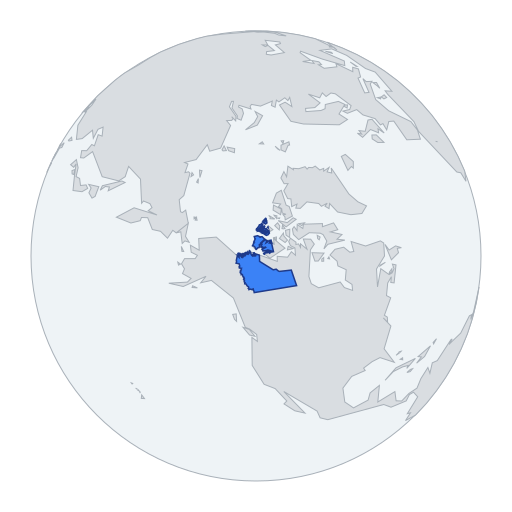 Northwest Territories highlighted on a globe, orthographic projection
{"feature_id": "CAN-635", "entity_name": "Northwest Territories", "entity_type": "Territory", "adm_level": 1, "iso_a3": "CAN", "parent_name": "Canada", "parent_adm1": "", "projection": "orthographic", "projection_center": [-123.126, 69.383], "detail": "fine", "context": "on_globe", "style": "filled", "palette": "blue", "viewbox_px": 512, "rotation_deg": 0, "n_neighbors": 0, "source": "natural_earth", "source_scale": "10m", "svg_char_len": 16399}
<svg xmlns="http://www.w3.org/2000/svg" viewBox="0 0 512 512"><circle cx="256" cy="256" r="225" fill="#eef3f6" stroke="#a8b0b8"/><path d="M415.5,415.1L405.5,420.6L410.5,412.8L407.3,413.7L417.7,396.8L413.5,392.2L409.4,394.6L406.2,400.9L391.0,407.2L383.7,404.5L327.8,419.7L320.1,417.8L317.1,411.1L283.8,391.5L305.0,413.1L294.8,410.8L284.0,403.9L286.8,401.0L275.2,388.6L264.1,384.3L252.2,365.4L251.9,337.4L257.4,341.4L256.7,334.5L249.7,329.1L245.3,327.3L233.4,298.0L211.4,280.4L200.7,282.8L206.0,276.3L183.2,286.5L168.8,283.2L187.4,282.1L191.1,278.4L182.5,273.6L184.5,268.8L181.5,263.8L184.6,258.6L195.2,258.6L197.4,255.3L191.2,252.2L190.4,245.2L199.2,250.2L198.7,238.5L216.3,237.1L237.2,255.8L249.4,251.4L277.3,261.4L277.2,256.3L287.6,257.2L291.4,251.7L295.5,255.3L294.9,247.9L290.4,245.6L288.7,241.6L290.4,238.2L296.0,242.2L295.9,244.5L298.5,243.9L300.5,247.4L300.5,243.8L307.0,249.2L303.3,239.0L310.7,239.2L314.3,244.1L310.4,249.9L308.9,276.5L311.3,283.7L318.7,287.8L340.2,282.0L344.4,287.6L352.6,290.4L352.0,284.4L345.3,280.0L346.2,269.7L337.9,265.9L337.1,261.2L330.0,255.0L335.0,249.3L343.7,247.2L349.8,252.2L353.8,251.5L351.1,241.5L365.6,246.0L380.4,240.9L383.7,243.0L384.5,256.0L376.5,269.0L377.5,286.9L380.8,268.7L389.1,274.6L392.1,272.9L394.0,268.8L392.4,264.1L396.0,264.9L394.1,282.9L390.8,282.5L391.4,276.7L387.7,283.0L386.5,295.6L390.7,297.8L384.4,315.3L387.3,317.1L387.6,322.1L383.3,317.9L390.9,326.0L384.1,348.8L394.3,362.3L380.0,357.6L372.2,361.6L363.6,368.1L365.2,370.5L351.7,376.4L342.9,388.1L344.8,402.0L353.5,407.9L368.1,400.1L370.1,392.9L379.4,385.4L377.8,402.0L394.9,391.6L396.1,400.8L401.7,401.0L409.0,393.4L417.0,388.1L420.9,378.6L427.9,367.5L429.9,373.3L432.3,362.8L437.3,360.6L450.1,340.9L449.6,343.8L460.7,333.1L469.4,315.8L471.5,314.7L470.8,319.4L473.1,312.7L473.1,313.9L479.1,286.9L476.3,302.9L472.4,318.6L467.4,333.9L461.2,348.9L454.0,363.4L445.8,377.3L436.6,390.6L426.5,403.3L415.5,415.1ZM141.3,398.4L141.7,394.9L144.5,398.6L141.3,398.4ZM140.0,391.7L140.2,393.1L139.6,391.7L140.0,391.7ZM138.2,390.0L139.5,391.2L137.9,390.2L138.2,390.0ZM135.6,388.1L137.1,389.0L136.8,389.0L135.6,388.1ZM396.0,367.8L415.4,358.4L406.8,368.4L408.0,365.5L402.6,366.9L393.3,371.6L385.1,380.3L396.0,367.8ZM132.1,384.0L131.3,382.9L132.7,383.4L132.1,384.0ZM399.2,353.1L396.1,355.3L398.8,352.6L399.2,353.1ZM243.0,327.3L249.4,329.5L255.0,336.3L249.5,335.0L243.0,327.3ZM232.7,314.4L236.2,313.9L236.6,321.4L234.5,319.3L232.7,314.4ZM192.6,285.8L197.4,287.9L192.1,287.5L192.6,285.8ZM180.5,264.1L178.5,265.1L177.8,262.1L180.5,264.1ZM327.8,258.6L328.9,256.9L329.6,258.9L327.8,258.6ZM323.7,257.6L323.7,261.2L321.8,261.3L321.8,259.1L323.7,257.6ZM181.9,251.4L181.3,246.4L183.7,251.5L181.9,251.4ZM324.0,253.1L318.3,261.0L314.9,261.1L312.0,252.7L324.0,253.1ZM182.2,243.5L180.8,231.8L176.2,232.9L188.3,223.3L185.5,236.4L189.2,242.3L184.9,240.9L182.2,243.5ZM288.2,246.3L293.1,248.6L287.4,249.9L288.2,246.3ZM285.0,248.2L270.0,258.2L263.8,253.4L270.1,250.9L260.6,247.3L264.9,240.0L271.1,240.3L274.3,244.8L273.5,238.6L285.0,248.2ZM195.2,220.1L196.4,217.3L197.1,220.2L195.2,220.1ZM287.5,240.1L285.1,242.5L279.4,238.5L283.4,233.0L283.9,236.0L287.5,240.1ZM256.0,250.0L252.6,246.2L255.1,239.1L254.1,236.7L264.5,239.4L256.0,250.0ZM286.1,235.2L285.5,230.3L289.8,229.2L289.6,237.5L286.1,235.2ZM276.4,239.8L273.9,237.6L276.5,237.0L276.4,239.8ZM304.5,222.8L301.7,225.6L298.6,223.7L304.5,222.8ZM285.0,228.5L283.5,228.9L282.0,228.6L282.5,225.2L285.0,228.5ZM265.5,234.3L267.3,232.3L261.4,232.8L263.1,227.7L269.7,230.5L267.6,227.2L268.1,225.6L272.9,229.7L265.5,234.3ZM278.2,220.6L287.3,222.6L293.2,217.8L296.2,219.3L286.1,226.9L278.2,220.6ZM274.7,225.6L277.6,222.8L279.8,226.0L279.2,229.9L274.7,225.6ZM261.8,223.3L257.6,230.4L256.3,229.6L261.8,223.3ZM279.5,218.6L277.3,218.2L279.7,217.9L279.5,218.6ZM266.8,221.1L265.4,223.7L264.0,222.7L266.8,221.1ZM274.0,215.2L276.9,215.8L276.6,218.4L274.0,215.2ZM270.3,217.4L268.7,215.4L274.8,219.0L270.0,218.7L270.3,217.4ZM265.6,219.7L264.3,219.9L266.4,218.8L265.6,219.7ZM273.5,205.1L281.3,209.1L280.6,214.7L273.1,210.1L273.5,205.1ZM464.7,171.1L466.0,181.3L460.8,172.8L456.8,172.0L418.6,131.4L413.9,121.6L387.7,94.3L385.1,90.8L391.9,91.3L375.2,72.1L365.5,68.5L346.7,55.4L331.8,48.9L319.9,50.4L344.3,61.0L344.8,65.6L322.4,59.1L300.6,51.2L300.1,52.7L310.8,60.3L302.6,61.5L314.1,63.5L311.8,60.5L318.9,61.8L321.5,64.6L318.5,64.8L324.2,68.3L336.9,66.8L335.9,63.6L352.8,71.7L352.7,67.3L358.4,68.9L360.6,77.0L358.0,78.1L364.7,92.9L369.0,92.4L362.9,78.6L366.2,81.6L372.0,81.3L370.2,84.0L375.7,99.6L388.7,110.8L410.9,121.6L417.4,130.0L420.4,139.2L406.8,139.8L393.8,121.1L388.8,121.5L386.7,129.9L382.9,123.6L380.4,124.9L375.1,118.6L362.9,114.9L356.7,109.6L347.4,113.3L342.9,111.1L349.7,109.5L351.1,105.6L335.3,93.8L330.9,93.0L326.1,96.5L322.3,92.9L319.7,97.8L308.4,94.1L320.1,102.9L314.8,107.6L305.5,108.4L305.9,111.6L321.0,110.5L325.1,108.7L325.3,104.5L338.4,101.4L344.8,104.4L339.0,114.0L347.5,119.5L339.3,124.8L303.5,124.0L290.9,121.3L279.5,105.0L285.1,102.2L291.9,106.6L289.7,97.4L287.9,100.6L284.8,97.8L278.9,101.9L276.4,100.1L275.1,107.2L271.4,105.5L272.3,101.1L260.5,106.1L251.5,104.4L250.1,106.4L251.0,109.0L239.0,105.3L238.5,107.0L242.2,108.9L243.5,113.4L241.1,120.2L237.1,118.5L237.4,115.9L232.0,108.0L233.5,101.3L231.6,101.4L229.4,106.8L236.0,116.4L235.7,120.9L231.7,116.7L233.1,118.6L231.7,120.4L226.6,120.6L230.6,125.5L220.6,148.1L209.7,151.2L207.3,144.7L196.1,159.6L184.6,162.5L188.0,164.0L185.0,172.6L188.6,171.8L190.0,173.3L183.8,195.6L179.2,199.7L180.5,211.7L182.3,212.6L185.7,210.1L188.3,223.3L176.2,232.9L172.8,230.3L167.5,238.2L160.5,231.3L152.3,229.5L147.7,217.7L141.5,217.5L140.2,220.7L130.9,223.0L116.4,217.2L134.1,207.8L157.0,215.0L148.2,210.7L152.0,207.6L149.9,203.6L143.5,201.0L141.6,203.3L140.5,179.1L128.6,166.4L125.2,176.7L118.7,180.9L102.2,176.7L92.6,151.6L83.8,158.0L80.5,157.7L81.7,150.6L86.7,150.7L91.8,144.5L94.4,145.8L98.2,134.7L102.1,136.1L103.1,127.1L98.0,129.3L93.3,138.3L92.5,130.2L82.2,138.6L76.4,139.4L77.9,125.2L86.5,111.4L86.0,111.0L91.9,105.1L96.0,99.0L82.2,112.6L82.0,112.9L97.7,95.7L115.1,80.2L116.6,79.0L121.4,75.3L125.0,72.7L125.9,72.2L138.2,65.2L150.9,57.2L160.5,52.0L178.7,44.4L197.6,38.4L199.0,38.1L206.5,36.2L222.4,34.1L254.1,31.6L257.3,32.2L263.6,32.0L274.6,33.3L278.9,35.1L286.2,35.9L274.2,31.9L266.3,31.4L257.8,31.9L256.1,31.2L245.3,31.1L250.9,30.8L267.2,31.0L283.4,32.4L299.5,35.0L315.3,38.7L331.2,46.5L329.3,46.6L329.4,47.0L333.8,47.2L336.9,50.0L327.5,42.6L327.1,42.2L342.2,47.9L357.0,54.6L371.2,62.4L384.8,71.2L397.8,80.9L410.0,91.6L421.4,103.1L432.0,115.3L441.6,128.4L450.3,142.0L458.0,156.3L464.7,171.1ZM435.6,141.3L437.6,141.8L435.6,141.3ZM279.8,42.0L265.2,40.3L267.8,45.0L262.3,44.9L265.2,46.6L268.0,45.4L274.4,50.6L266.6,51.6L266.3,54.3L271.2,55.0L284.4,52.6L275.4,44.9L280.5,43.6L279.8,42.0ZM450.4,340.2L452.2,338.9L450.3,342.2L450.4,340.2ZM406.9,372.5L410.4,369.4L412.6,368.7L410.2,371.6L406.9,372.5ZM433.1,342.5L436.5,338.7L433.6,343.9L433.1,342.5ZM418.1,356.6L430.5,345.8L424.6,356.5L416.6,363.2L421.4,356.9L418.1,356.6ZM400.2,359.3L402.6,357.8L402.7,359.8L400.2,359.3ZM401.2,351.2L400.5,352.1L398.7,352.0L401.2,351.2ZM389.2,273.5L389.4,272.1L391.9,268.7L391.9,271.7L389.2,273.5ZM395.6,245.9L401.4,247.7L397.3,248.3L398.5,252.7L391.4,259.8L385.0,244.4L389.1,250.0L395.6,245.9ZM380.2,265.2L385.4,262.3L379.9,266.1L380.2,265.2ZM372.2,138.9L371.9,135.0L376.3,134.9L384.0,142.4L377.8,142.5L372.2,138.9ZM370.5,129.5L362.6,137.3L357.4,133.2L361.7,134.1L359.0,130.6L365.2,131.3L368.0,120.0L372.0,119.3L384.2,133.0L378.0,128.8L378.6,132.8L370.5,129.5ZM351.4,166.5L347.9,170.4L341.3,156.4L345.3,154.4L353.3,161.5L353.3,168.1L351.4,166.5ZM320.1,237.0L319.2,239.8L317.7,238.6L317.2,235.3L320.1,237.0ZM303.5,224.2L322.5,223.6L322.4,226.7L333.6,222.9L337.8,229.7L330.4,231.9L342.0,234.5L337.0,239.2L344.9,240.1L327.9,244.3L323.9,248.9L326.8,241.1L323.1,234.6L320.3,233.2L309.3,232.7L298.7,239.6L293.4,234.5L292.4,229.0L294.1,226.6L297.0,230.6L297.2,224.5L302.8,228.5L303.5,224.2ZM283.9,171.6L286.6,176.8L287.9,166.2L293.4,169.7L293.2,168.3L298.7,168.7L305.1,166.7L307.1,169.1L308.7,167.4L312.4,167.7L315.2,166.1L319.8,170.0L323.7,168.4L323.7,171.1L329.1,167.4L327.1,171.9L331.7,173.0L331.2,168.0L348.9,194.0L357.9,201.8L366.5,205.9L361.9,213.5L350.9,214.7L337.6,212.0L329.6,203.5L329.0,208.6L325.0,206.2L327.2,203.2L321.4,206.3L318.7,203.5L306.9,201.9L300.2,208.4L295.8,208.1L297.0,204.1L291.7,206.6L290.9,198.9L287.7,198.6L283.8,190.8L288.0,183.6L284.1,183.7L280.9,178.0L283.9,171.6ZM272.6,202.8L276.4,193.1L281.3,190.3L286.1,205.1L289.2,206.5L292.4,216.1L285.2,219.9L284.9,216.8L283.0,214.7L286.0,214.3L282.2,213.0L281.7,208.7L278.5,206.6L280.6,204.0L272.6,202.8ZM379.8,88.3L377.3,85.9L372.9,82.6L376.5,82.5L379.8,88.3ZM383.9,98.9L381.3,96.9L384.1,94.8L386.7,97.5L383.9,98.9ZM377.4,97.7L380.9,97.0L380.6,98.9L377.4,97.7ZM347.1,108.0L344.0,106.3L344.7,105.1L347.5,104.9L347.1,108.0ZM288.9,141.8L289.6,145.0L288.1,145.3L285.3,151.9L281.0,149.9L281.0,145.2L288.9,141.8ZM325.4,51.3L331.1,52.2L332.8,53.6L330.5,52.9L325.4,51.3ZM356.1,66.4L350.2,62.0L357.1,66.4L356.1,66.4ZM283.7,140.7L283.0,143.6L281.2,140.9L283.7,140.7ZM277.6,148.9L275.1,146.2L280.1,150.4L277.6,148.9ZM60.8,143.5L59.9,145.4L59.0,146.8L59.8,145.2L60.8,143.5ZM58.5,148.7L57.4,150.1L60.0,145.9L58.5,148.7ZM84.5,111.7L88.2,107.1L89.1,106.5L85.0,112.1L84.5,111.7ZM72.0,140.4L68.9,141.0L68.4,140.2L71.6,137.2L72.0,140.4ZM245.5,129.8L254.3,122.6L257.7,116.6L255.1,111.5L262.6,115.7L257.3,125.1L245.5,129.8ZM224.1,145.9L226.4,150.6L223.0,150.9L222.0,149.8L224.1,145.9ZM227.2,147.1L234.7,148.6L234.4,152.7L228.6,150.7L227.2,147.1ZM259.4,143.8L262.3,141.8L263.7,144.0L259.4,143.8ZM51.3,162.0L49.4,166.5L46.7,172.5L51.3,162.0ZM51.8,161.1L53.9,156.5L52.3,160.4L51.8,161.1ZM55.0,154.4L56.2,152.5L54.0,156.9L55.0,154.4ZM50.5,164.0L51.6,162.9L49.7,166.3L50.5,164.0ZM59.5,148.1L53.3,159.0L59.8,146.5L64.2,142.7L61.8,147.5L59.5,148.1ZM72.0,170.6L74.9,169.5L73.8,174.5L72.1,173.9L72.0,170.6ZM73.0,190.5L74.5,175.5L76.1,163.9L73.7,167.3L70.6,164.7L76.4,159.6L78.1,167.7L76.1,176.6L79.6,178.4L80.5,185.5L86.1,184.9L87.7,188.4L82.0,191.7L73.0,190.5ZM88.7,184.4L98.8,186.7L95.1,196.4L92.0,198.1L88.9,192.8L91.1,188.0L88.7,184.4ZM100.2,190.2L102.4,185.7L121.9,181.0L125.1,182.5L108.2,190.8L109.4,187.0L105.3,186.5L100.2,190.2ZM194.0,217.0L196.2,217.3L194.1,218.9L194.0,217.0ZM192.0,172.6L193.6,174.9L191.0,176.6L192.0,172.6ZM196.6,182.1L198.4,178.6L198.1,183.0L196.6,182.1ZM202.0,170.7L199.9,177.5L199.5,170.1L202.0,170.7Z" fill="#d9dde1" stroke="#a8b0b8" stroke-width="1"/><path d="M237.3,255.8L238.9,257.2L238.6,256.3L238.8,256.4L238.0,255.8L238.7,255.6L238.2,255.3L238.2,254.8L238.9,255.4L238.4,254.5L239.4,254.8L239.3,254.2L239.5,254.0L240.4,254.3L240.3,254.0L240.7,253.6L240.6,253.2L241.0,254.0L241.5,254.1L240.7,255.0L240.4,255.5L242.4,254.7L242.7,253.8L243.2,254.0L243.5,253.9L243.1,253.9L243.2,253.6L243.7,253.9L244.9,253.0L245.1,253.5L245.6,252.5L246.9,252.8L247.3,252.0L247.6,252.7L245.3,254.6L245.2,254.3L243.9,254.5L243.2,255.6L243.1,255.3L242.9,255.9L243.0,255.4L242.6,255.4L242.4,255.9L242.3,256.5L242.1,256.1L241.4,256.9L241.7,257.4L242.1,257.6L241.5,256.9L242.8,257.3L242.9,257.0L242.4,257.0L242.6,256.7L242.4,256.2L243.0,255.9L243.1,255.6L243.0,256.1L243.2,255.6L243.3,256.0L244.2,255.1L243.9,255.0L244.6,255.0L244.4,255.4L244.9,254.8L244.6,255.5L244.9,255.2L244.9,254.5L244.9,255.3L245.1,254.4L244.9,255.5L245.3,254.7L245.0,255.5L245.3,255.3L245.0,256.0L245.1,256.3L245.2,255.7L246.1,254.2L248.3,253.3L248.1,253.8L247.8,253.8L247.8,254.3L248.1,254.4L249.0,253.4L249.0,252.8L250.2,252.5L249.3,251.8L249.6,251.0L250.7,252.4L251.1,254.3L251.7,255.3L252.8,256.2L253.3,255.7L252.5,255.8L253.3,255.5L252.8,255.0L252.9,254.7L253.7,254.7L253.1,254.3L254.0,253.6L253.2,253.5L254.3,253.4L253.8,253.1L254.1,252.9L254.3,253.3L254.1,253.7L254.3,254.1L254.1,254.6L254.8,254.8L254.1,255.9L254.2,256.0L255.6,255.9L256.2,254.2L259.2,255.0L259.4,255.3L259.6,261.4L273.2,269.8L276.2,269.2L278.5,271.1L279.5,271.4L291.3,270.1L296.6,285.6L254.2,292.6L253.9,290.9L253.1,290.0L253.4,289.6L253.2,288.9L251.7,289.6L250.7,289.1L248.9,289.6L248.8,288.4L248.4,288.3L248.7,287.9L248.5,286.8L247.3,286.1L246.0,284.0L244.7,283.8L244.8,282.7L245.0,282.5L244.4,282.1L244.1,280.9L244.5,280.2L243.6,279.3L244.3,278.5L243.5,277.6L243.9,277.2L242.7,276.1L242.4,274.6L241.3,274.6L241.6,274.1L240.2,272.7L240.8,271.9L240.2,271.1L241.4,269.8L240.9,268.7L241.3,268.3L239.3,268.0L239.2,267.6L239.6,266.9L239.2,266.6L239.7,265.7L239.2,264.0L239.7,263.9L236.1,263.2L236.6,261.3L236.3,260.4L237.3,255.8ZM264.9,254.6L264.0,254.1L263.6,253.3L267.4,251.5L270.0,251.6L271.4,251.0L267.8,249.9L265.9,250.7L263.1,250.8L262.0,249.4L265.3,247.6L264.7,247.4L265.6,247.3L266.0,246.9L263.2,247.8L262.9,247.3L263.0,247.9L262.2,247.9L262.0,247.6L262.8,247.1L262.4,246.9L262.7,246.7L261.0,247.0L261.0,245.8L262.0,244.5L261.4,243.6L262.6,241.8L265.6,239.6L266.4,240.5L266.6,241.7L266.1,242.8L267.2,242.1L267.0,242.5L267.1,242.4L267.3,242.1L267.0,241.8L267.2,241.2L267.6,240.8L269.8,241.5L269.8,242.1L269.3,243.0L269.6,243.0L269.6,243.6L269.9,242.5L269.9,243.0L270.4,243.2L270.2,242.7L270.5,242.0L271.4,242.3L273.5,251.7L270.2,252.3L270.1,252.8L270.4,252.8L269.8,253.1L269.7,252.4L264.1,253.2L264.1,253.6L264.9,254.6ZM264.7,239.2L260.6,243.1L260.5,244.2L259.4,244.6L259.6,245.1L259.3,245.8L259.4,246.8L259.1,247.6L257.8,247.8L256.4,249.3L255.8,249.1L254.8,246.9L253.4,245.8L253.8,245.8L252.7,245.8L253.3,244.0L253.8,243.4L253.7,243.2L253.9,242.9L253.7,242.3L254.4,242.0L254.0,241.4L255.3,238.8L254.8,238.3L254.3,236.5L257.6,235.7L259.9,236.8L259.6,237.4L259.6,237.6L259.9,236.9L260.3,236.9L260.4,237.4L260.3,237.8L260.7,236.8L262.1,236.7L264.7,239.2ZM269.4,233.1L268.0,234.8L266.4,235.4L265.0,234.6L266.5,233.1L267.7,232.8L268.1,231.8L266.8,232.5L266.7,232.4L266.8,232.1L266.4,232.0L266.3,232.7L265.3,233.0L265.5,232.5L265.2,232.5L265.2,232.0L265.3,231.9L265.7,231.5L264.9,231.4L264.9,232.4L264.6,232.1L264.5,232.3L264.8,232.6L264.8,233.1L264.2,233.5L263.9,232.7L263.5,232.9L263.7,233.3L263.5,233.6L262.9,233.3L263.1,233.0L262.8,233.1L262.9,232.7L262.4,233.1L261.4,232.7L261.8,231.8L263.0,231.7L263.9,230.7L261.7,231.3L262.0,230.6L263.9,230.0L262.1,230.0L262.3,229.8L262.1,229.6L262.1,229.2L262.5,228.9L263.9,228.9L262.7,228.5L263.7,227.5L264.2,227.6L264.6,228.7L266.0,228.5L265.9,228.7L266.8,229.4L266.4,229.8L267.1,229.6L267.6,230.8L268.8,230.4L269.4,233.1ZM259.9,229.4L259.4,228.5L259.2,228.6L259.4,229.5L259.1,229.5L259.5,230.0L258.6,230.7L258.6,230.1L258.3,230.0L258.3,229.4L258.1,229.2L258.0,229.5L258.1,230.2L257.7,230.4L257.2,229.9L256.7,230.3L256.4,230.1L256.6,229.6L256.4,229.6L256.6,229.5L256.5,229.4L256.1,229.7L256.7,228.5L257.5,228.3L257.8,227.3L258.5,226.8L259.4,224.8L261.3,224.7L261.1,224.5L261.5,224.3L261.1,224.1L261.7,223.6L262.7,224.5L261.9,225.3L262.5,225.9L262.0,226.1L262.5,226.9L261.6,227.6L261.7,228.4L261.6,228.6L260.7,228.2L260.8,226.8L260.7,226.6L260.2,227.1L260.4,227.7L259.8,227.9L260.2,228.5L259.9,229.4ZM266.7,221.4L266.0,221.8L266.7,222.0L266.9,222.5L266.9,223.0L265.5,224.0L264.4,223.4L264.3,223.2L264.1,222.3L265.5,221.0L266.5,220.7L266.7,221.4ZM266.3,219.9L265.4,219.8L265.0,220.4L263.7,220.3L265.6,218.3L266.0,218.5L266.3,219.9ZM261.3,229.4L260.4,231.8L259.6,231.5L260.3,230.2L261.3,229.4ZM263.1,221.4L263.9,222.4L263.4,222.8L262.5,222.0L263.1,221.4ZM263.4,226.6L264.2,225.9L264.7,226.3L264.5,226.6L263.4,226.6ZM271.2,241.1L270.9,241.2L270.1,240.4L271.0,240.2L271.2,241.1ZM268.2,227.8L267.8,227.6L267.7,227.1L268.0,226.9L268.2,227.8ZM257.8,231.0L258.2,230.3L258.1,230.9L257.8,231.0ZM271.1,241.3L271.1,241.5L270.9,241.5L271.1,241.3ZM270.2,250.9L271.1,250.9L270.5,251.1L270.2,250.9ZM249.3,250.8L249.5,250.9L249.2,251.1L249.3,250.8ZM263.7,250.9L264.2,251.0L263.6,251.0L263.7,250.9ZM237.8,255.1L238.0,255.1L238.1,255.3L237.8,255.1ZM238.9,254.2L239.2,254.3L239.3,254.5L239.2,254.6L238.9,254.2ZM239.2,253.5L239.2,253.3L239.3,253.3L239.2,253.5ZM264.7,251.0L265.1,250.9L264.7,251.0L264.7,251.0ZM271.2,241.9L271.3,242.1L271.0,241.9L271.2,241.9ZM238.6,253.7L238.9,254.0L238.6,253.8L238.6,253.7ZM241.4,253.9L241.1,253.9L241.4,253.9L241.4,253.9ZM269.1,251.3L269.3,251.3L269.1,251.3ZM264.3,251.0L264.5,250.9L264.3,251.0ZM265.4,250.8L265.5,250.7L265.2,250.9L265.4,250.8ZM264.3,251.1L264.6,251.3L264.2,251.1L264.3,251.1ZM253.6,252.9L253.4,253.1L253.4,252.9L253.6,252.9ZM270.7,241.8L270.8,241.9L270.6,241.9L270.7,241.8ZM270.7,241.7L270.9,241.8L270.7,241.8L270.7,241.7Z" fill="#3b82f6" stroke="#1e3a8a" stroke-width="1.5"/></svg>